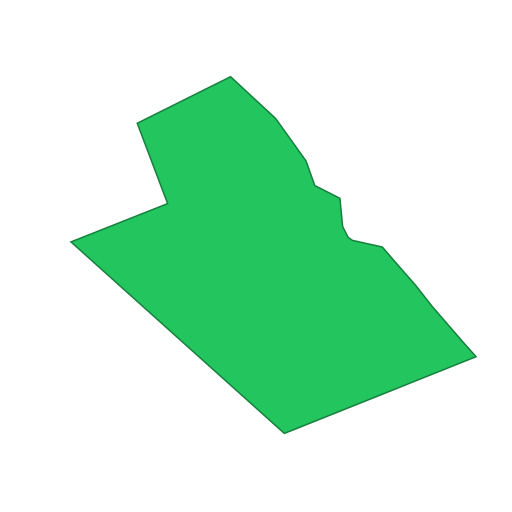 outline of Qasima, Shamal Sina', Egypt, rotated 338°
{"feature_id": "37247803B24800496222401", "entity_name": "Qasima", "entity_type": "district", "adm_level": 2, "iso_a3": "EGY", "parent_name": "Egypt", "parent_adm1": "Shamal Sina'", "projection": "orthographic", "projection_center": [34.453, 30.447], "detail": "fine", "context": "isolated", "style": "filled", "palette": "green", "viewbox_px": 512, "rotation_deg": 338, "n_neighbors": 0, "source": "geoboundaries", "source_scale": "gbopen_adm2", "svg_char_len": 419}
<svg xmlns="http://www.w3.org/2000/svg" viewBox="0 0 512 512"><g transform="rotate(338 256 256)"><path d="M165.4,328.2L215.8,431.1L422.3,431.8L415.9,413.9L400.5,368.9L393.2,343.6L382.4,312.5L376.5,295.0L351.2,277.6L348.4,273.2L347.4,261.1L355.4,234.0L336.9,212.7L338.0,186.7L325.7,135.8L307.2,96.5L299.6,80.2L195.6,88.4L193.7,174.3L89.7,173.6L165.4,328.2Z" fill="#22c55e" stroke="#15803d" stroke-width="1.5"/></g></svg>